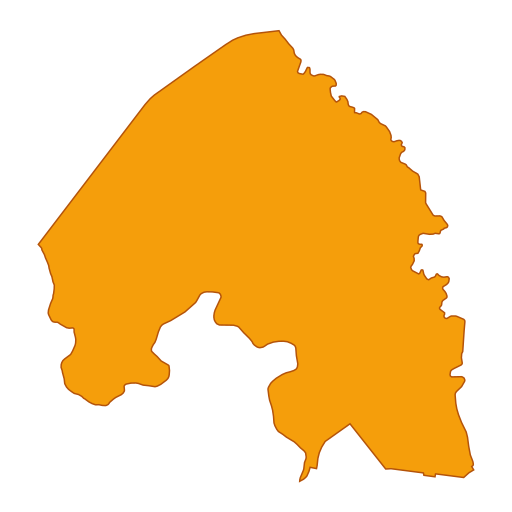 the district of Moonee Valley, Victoria, Australia
{"feature_id": "25037944B9436355571028", "entity_name": "Moonee Valley", "entity_type": "district", "adm_level": 2, "iso_a3": "AUS", "parent_name": "Australia", "parent_adm1": "Victoria", "projection": "robinson", "projection_center": [144.901, -37.749], "detail": "fine", "context": "isolated", "style": "filled", "palette": "amber", "viewbox_px": 512, "rotation_deg": 0, "n_neighbors": 0, "source": "geoboundaries", "source_scale": "gbopen_adm2", "svg_char_len": 6001}
<svg xmlns="http://www.w3.org/2000/svg" viewBox="0 0 512 512"><path d="M62.5,372.5L64.2,378.8L64.7,383.4L65.0,384.2L66.5,387.0L68.5,389.3L71.5,391.6L74.2,393.4L78.5,394.5L80.8,395.8L81.8,396.4L83.8,398.4L84.7,398.8L88.9,401.9L92.1,403.6L95.5,404.8L99.0,404.7L102.2,405.4L105.4,405.6L106.6,405.3L108.2,404.4L109.1,403.3L109.5,402.5L113.4,399.1L115.8,397.4L121.4,394.6L123.3,392.9L124.4,390.9L124.4,389.5L124.1,386.6L124.2,385.9L125.0,384.8L126.1,384.1L130.9,383.1L135.8,383.0L138.3,383.4L143.1,385.1L148.7,385.7L155.0,386.7L157.1,386.2L160.7,384.4L166.3,380.2L167.9,378.5L168.8,376.7L169.2,374.8L169.5,370.5L169.0,366.0L168.8,365.5L168.2,365.0L161.2,361.0L157.1,356.5L154.4,354.1L151.7,351.4L151.5,351.0L151.4,349.8L151.4,348.7L152.1,346.9L153.3,344.6L154.9,342.4L156.2,339.2L158.4,331.8L160.4,327.0L161.7,325.3L163.4,324.0L170.7,320.6L185.0,311.9L195.6,302.5L196.8,300.6L199.9,295.0L200.9,293.9L202.4,293.0L204.1,292.2L206.8,291.8L212.4,291.9L218.3,292.7L219.0,292.9L220.4,294.3L221.0,296.1L221.0,297.4L215.1,310.1L214.3,312.8L213.9,315.6L213.9,317.4L214.3,319.8L215.2,321.7L216.7,323.7L219.4,325.0L233.5,325.2L237.2,326.2L238.7,327.0L243.8,332.8L249.4,338.3L252.1,341.6L253.0,343.5L254.3,345.0L256.8,346.8L258.2,347.4L259.9,347.7L263.0,347.1L264.7,346.1L267.6,344.1L273.3,342.1L278.8,341.3L283.3,341.2L287.3,341.7L291.2,343.3L293.9,344.9L294.8,345.7L295.4,346.8L295.8,348.0L296.4,355.8L297.8,363.8L297.4,366.9L296.9,368.0L296.2,369.1L293.9,370.5L290.1,371.8L286.2,372.8L282.3,374.5L276.3,378.2L272.6,381.3L270.7,383.3L268.6,387.0L268.1,388.3L268.0,389.5L268.8,395.9L269.6,400.2L271.5,405.9L272.6,410.2L273.5,416.2L274.0,422.9L274.9,425.7L276.7,429.2L278.4,431.5L282.6,434.2L286.5,437.2L294.2,441.8L297.0,444.3L300.6,448.0L304.1,450.9L305.6,452.9L306.2,457.0L306.0,458.7L304.5,462.6L303.8,468.9L303.4,470.3L300.3,477.7L299.8,479.8L299.7,481.3L303.6,479.2L305.7,477.4L306.9,476.0L308.9,471.5L310.1,467.3L316.5,468.6L317.1,465.6L317.9,458.3L319.3,452.7L321.7,447.1L325.2,441.4L350.0,423.8L385.7,469.0L391.0,468.7L423.4,472.9L423.9,475.3L435.0,476.8L435.5,474.0L435.8,473.9L463.7,477.5L468.9,472.8L473.7,469.9L471.7,466.5L473.0,465.5L473.3,464.5L473.2,463.3L472.8,461.4L470.3,454.9L468.7,446.3L467.5,437.2L466.2,432.0L461.5,422.4L458.5,414.7L456.8,408.9L455.8,403.3L455.1,394.7L455.5,392.9L456.5,391.5L461.6,386.6L464.4,381.7L464.8,380.8L464.8,379.9L464.1,378.1L462.5,377.0L461.5,376.7L451.7,376.9L450.4,376.1L450.0,374.7L450.5,371.6L451.0,370.6L451.8,369.8L454.2,368.4L461.1,365.0L461.9,364.2L462.2,363.5L462.2,362.7L461.4,357.7L461.7,353.6L462.7,351.6L462.8,350.5L464.1,330.9L464.9,321.7L464.7,320.4L463.7,319.3L456.7,316.3L455.5,316.0L451.4,316.0L450.3,316.4L446.9,318.5L445.4,318.3L444.8,317.9L444.0,316.8L444.0,315.4L444.6,314.2L444.6,312.8L440.5,309.7L439.7,308.9L439.5,308.1L439.7,307.4L441.2,305.7L441.6,304.9L441.9,302.1L442.4,301.1L443.1,300.3L446.4,298.0L446.9,297.3L447.0,296.1L446.1,293.4L444.9,291.5L442.8,289.1L442.6,288.0L443.0,286.7L446.6,284.5L448.3,282.7L448.8,281.5L449.2,278.7L448.5,277.3L447.7,276.8L447.1,276.7L443.8,277.2L441.5,276.8L438.9,275.4L437.7,274.1L437.1,273.8L436.2,274.3L435.6,275.8L434.6,277.0L431.3,278.0L428.8,279.7L428.4,279.7L426.8,278.9L424.6,275.7L423.8,274.2L422.9,270.2L422.0,269.8L421.2,270.1L419.8,273.1L419.0,273.8L418.6,273.9L412.5,270.7L411.5,269.6L410.7,267.4L411.1,266.2L412.4,264.5L414.2,260.8L414.1,258.4L413.4,256.4L413.9,255.2L414.9,253.8L415.4,253.6L417.9,253.3L419.3,250.8L420.3,247.9L422.2,245.8L422.1,244.6L421.8,244.3L419.9,244.3L419.0,244.0L418.3,243.6L417.9,242.8L417.9,241.3L418.3,237.1L418.5,236.2L419.1,235.2L420.2,234.4L423.1,233.3L429.5,234.3L433.1,234.1L435.2,233.3L438.9,233.8L439.6,233.6L440.0,233.0L440.6,230.8L440.9,230.3L443.7,229.0L444.1,228.3L446.6,227.6L447.3,227.0L447.7,225.9L447.7,225.2L447.0,224.0L444.1,220.5L442.0,216.9L441.3,216.4L439.9,215.9L434.9,216.0L433.5,215.4L432.9,214.8L426.4,204.3L425.7,203.1L425.6,202.1L425.7,193.0L424.9,191.4L420.9,190.0L420.6,189.3L419.2,176.8L417.8,174.1L412.6,171.1L408.6,167.6L407.4,167.0L406.2,164.8L405.2,164.1L400.8,162.3L399.6,160.7L399.2,159.1L399.2,157.7L400.7,153.5L402.0,152.1L403.3,151.5L404.2,150.7L404.8,149.8L404.9,148.9L404.9,147.7L403.9,146.7L402.6,146.5L401.8,146.0L401.5,145.4L401.3,144.8L402.2,142.7L401.5,141.3L400.0,140.4L398.9,140.4L396.7,140.8L394.6,141.6L393.4,141.7L392.3,141.4L391.4,140.7L390.8,139.6L391.2,137.6L391.0,135.4L389.6,131.6L386.4,127.0L385.4,125.9L380.6,123.6L379.3,122.5L377.8,119.7L371.4,114.4L365.5,111.7L363.4,111.6L362.0,112.3L361.0,113.6L359.4,114.0L356.4,112.8L354.6,112.6L354.5,111.7L354.6,108.5L354.3,108.0L352.8,107.3L349.5,106.4L348.7,105.5L348.2,104.2L347.9,101.7L346.9,99.4L344.8,96.4L341.6,95.9L339.3,96.5L339.2,96.9L340.1,98.3L340.2,99.0L339.7,99.9L338.8,100.6L336.6,102.0L336.2,102.0L334.8,100.6L331.3,96.1L330.5,92.6L330.1,88.9L330.3,87.9L331.5,86.7L332.4,86.2L335.5,86.0L336.2,85.1L336.2,83.3L335.0,80.4L334.4,79.5L330.5,76.5L329.2,76.0L326.7,75.6L323.6,74.4L320.3,74.3L318.4,74.6L315.1,75.8L314.1,76.0L313.2,75.8L311.3,74.9L310.3,73.8L310.0,72.5L310.0,69.5L309.7,68.1L309.4,67.6L308.5,67.5L307.6,67.4L307.2,67.8L305.4,71.5L304.1,73.3L303.3,74.1L302.8,74.2L299.2,73.5L297.9,72.7L297.5,71.4L300.9,61.8L301.0,60.1L300.4,59.2L298.2,57.9L296.4,56.5L295.2,55.1L294.3,53.3L293.7,49.9L292.8,48.2L288.7,43.8L285.1,39.1L281.5,35.2L279.0,30.7L254.1,33.6L245.9,35.2L238.1,37.7L232.6,40.2L225.7,44.6L195.5,65.7L154.4,95.0L150.3,98.6L145.1,104.5L38.3,244.4L41.2,247.6L41.7,248.4L41.9,249.9L44.4,254.6L45.5,257.9L47.5,262.4L48.7,265.6L49.1,268.2L50.6,273.6L51.9,276.6L53.0,281.8L54.3,285.0L54.2,288.9L53.6,293.6L53.1,295.2L52.9,297.5L52.7,298.6L50.6,303.4L48.5,310.0L48.2,313.0L48.6,314.6L51.0,319.6L51.6,320.6L53.1,321.8L55.1,322.2L57.0,322.2L58.1,322.5L60.4,324.2L66.6,327.7L69.2,328.2L72.8,327.9L73.7,328.5L74.1,329.1L74.1,332.0L75.4,337.1L75.8,339.4L75.6,343.1L75.1,345.3L72.6,351.0L70.8,354.2L70.2,354.8L64.7,358.9L62.9,360.6L61.8,362.6L61.2,364.6L61.1,367.4L62.2,370.6L62.5,372.5Z" fill="#f59e0b" stroke="#b45309" stroke-width="1.5"/></svg>